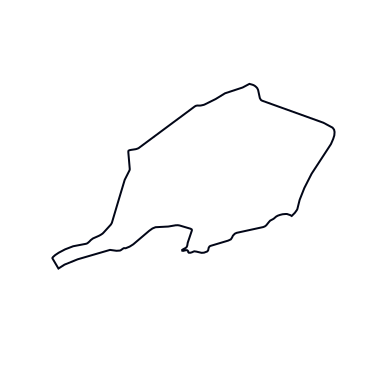 outline of Blue Nile, rotated 59°
{"feature_id": "SDN-148", "entity_name": "Blue Nile", "entity_type": "State", "adm_level": 1, "iso_a3": "SDN", "parent_name": "Sudan", "parent_adm1": "", "projection": "equal_earth", "projection_center": [34.239, 11.094], "detail": "fine", "context": "isolated", "style": "outline", "palette": "ink", "viewbox_px": 384, "rotation_deg": 59, "n_neighbors": 0, "source": "natural_earth", "source_scale": "10m", "svg_char_len": 1825}
<svg xmlns="http://www.w3.org/2000/svg" viewBox="0 0 384 384"><g transform="rotate(59 192 192)"><path d="M263.9,118.9L262.4,119.7L259.7,122.0L258.7,123.8L257.7,125.9L257.0,128.2L256.5,130.5L256.4,132.4L257.0,135.9L256.8,139.8L257.4,141.7L258.8,145.5L259.0,147.3L258.7,149.1L250.0,174.8L249.8,176.8L250.5,179.4L251.7,181.2L252.6,183.1L252.3,186.0L247.7,204.0L247.7,205.0L248.3,206.3L250.4,208.3L250.8,209.7L250.2,212.9L249.1,215.1L245.3,219.0L244.0,220.6L243.8,221.7L243.7,222.8L243.3,224.5L242.4,226.0L241.7,226.2L240.8,225.8L239.6,226.0L238.8,227.0L237.9,229.9L237.3,230.6L236.6,230.3L236.5,228.9L236.7,226.1L236.3,224.7L235.4,223.6L233.3,221.8L224.9,211.9L224.0,211.5L222.8,212.1L214.4,219.8L213.2,221.2L212.1,223.2L209.4,230.1L203.4,241.4L202.9,244.7L203.2,248.6L206.6,269.3L206.7,273.6L206.1,277.5L205.9,278.1L205.2,279.0L205.0,279.5L205.0,280.6L205.2,282.9L205.1,283.9L203.5,287.0L199.4,292.1L190.8,324.7L188.6,338.7L188.8,345.9L177.0,345.8L176.7,345.7L176.5,345.4L176.3,345.0L176.1,344.4L175.6,341.7L175.4,337.5L175.8,330.3L177.3,321.8L181.7,309.8L182.0,308.8L182.0,308.2L182.0,307.6L181.6,305.4L181.1,303.6L180.8,300.8L181.6,294.5L181.7,292.6L181.6,290.1L181.2,288.5L178.1,278.2L177.1,276.5L162.0,260.0L146.9,243.4L141.3,234.5L140.8,233.9L140.0,233.4L124.7,225.9L123.9,225.1L124.0,224.0L124.5,222.6L126.3,218.2L126.6,217.1L126.9,215.3L123.5,180.5L120.1,145.8L120.1,144.4L120.4,143.5L120.6,142.9L121.6,141.4L122.4,139.9L123.3,137.2L123.5,136.2L124.5,123.8L124.4,112.9L128.5,94.8L128.9,87.1L131.0,85.1L132.1,84.2L133.6,83.4L135.1,82.9L136.6,82.6L138.6,82.8L146.5,85.5L148.6,85.5L149.8,84.9L200.3,43.7L209.2,38.4L211.7,38.1L214.0,38.9L216.7,40.8L219.2,43.6L222.5,48.2L237.9,80.0L246.4,93.6L254.2,103.8L260.9,110.5L261.4,111.3L262.8,114.5L263.9,118.9L263.9,118.9Z" fill="none" stroke="#020617" stroke-width="2"/></g></svg>